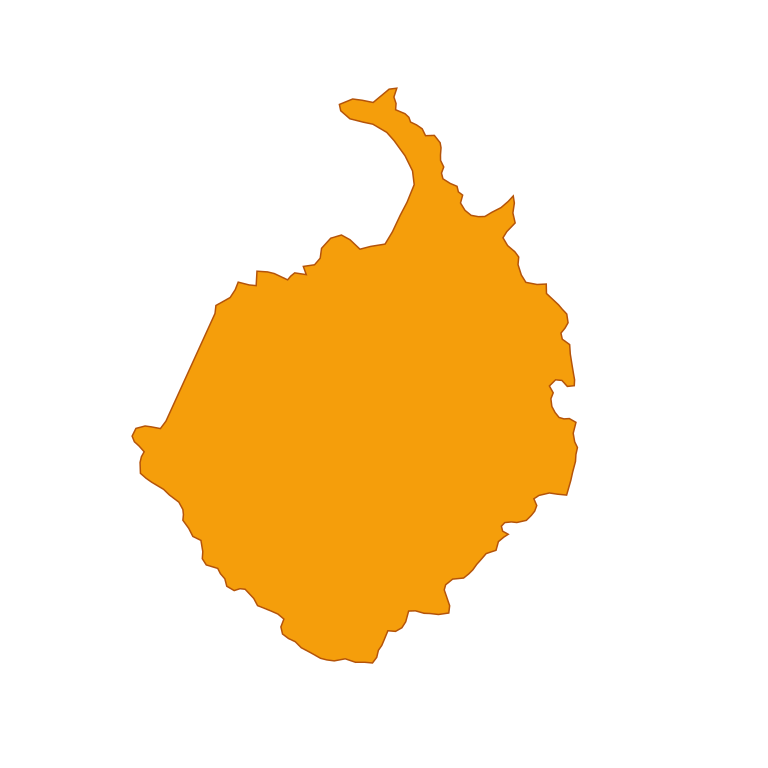 the district of Petrolina de Goiás, Goiás, Brazil, rotated 293°
{"feature_id": "56859067B28071747683411", "entity_name": "Petrolina de Goiás", "entity_type": "district", "adm_level": 2, "iso_a3": "BRA", "parent_name": "Brazil", "parent_adm1": "Goiás", "projection": "mercator", "projection_center": [-49.296, -16.111], "detail": "fine", "context": "isolated", "style": "filled", "palette": "amber", "viewbox_px": 768, "rotation_deg": 293, "n_neighbors": 0, "source": "geoboundaries", "source_scale": "gbopen_adm2", "svg_char_len": 2763}
<svg xmlns="http://www.w3.org/2000/svg" viewBox="0 0 768 768"><g transform="rotate(293 384 384)"><path d="M607.6,429.5L600.4,426.9L592.1,422.8L584.1,416.1L577.6,411.4L574.9,405.5L573.3,398.3L575.5,390.7L580.5,383.7L588.6,382.6L589.9,377.4L594.5,374.0L594.5,366.5L595.9,358.1L600.6,354.5L607.1,354.2L611.9,348.7L616.9,346.5L623.7,344.2L628.0,341.4L632.5,333.2L628.8,325.2L633.8,319.5L635.2,312.8L635.5,306.1L639.2,302.7L641.0,297.8L641.0,287.5L646.9,285.5L652.0,281.0L661.3,280.2L657.4,273.5L638.9,264.0L636.7,253.2L634.1,243.8L623.9,233.7L618.6,237.4L614.8,249.0L616.9,262.6L618.8,272.2L616.7,288.2L611.9,298.3L602.3,314.2L591.3,327.0L579.3,333.9L560.3,334.2L545.5,333.0L527.4,332.3L513.2,330.3L505.4,317.9L498.7,309.2L503.5,296.4L504.5,286.6L497.4,278.0L484.5,273.5L474.9,276.1L466.6,273.5L460.7,263.8L454.3,269.7L451.4,258.4L446.9,256.0L442.2,254.6L442.8,239.9L441.7,233.1L438.2,223.0L424.6,227.9L422.5,221.2L420.8,210.0L412.6,210.2L403.5,208.6L390.6,198.6L382.9,200.9L264.6,197.8L255.6,195.6L253.6,186.4L252.0,180.5L246.2,173.0L237.6,172.5L233.3,176.8L231.2,182.8L227.9,189.7L222.3,189.1L216.5,190.1L206.6,194.7L204.2,202.0L202.8,208.6L201.8,215.9L200.9,222.3L198.0,229.8L195.1,241.3L189.9,247.9L185.4,250.4L180.0,252.1L174.8,260.7L169.0,267.6L168.5,276.6L158.9,282.7L152.2,285.0L148.0,291.1L149.3,303.0L145.5,307.5L142.5,313.6L136.4,318.3L135.3,326.8L139.3,331.4L140.8,336.4L135.7,347.9L130.6,354.2L130.9,368.7L130.8,376.2L128.5,383.7L120.1,384.0L114.2,388.3L112.4,395.5L112.1,403.0L108.9,410.9L108.0,421.4L106.7,432.8L107.7,439.2L109.7,446.4L115.9,455.7L116.7,466.5L120.3,474.9L122.7,482.4L129.5,484.1L136.7,482.9L142.5,484.1L149.0,484.1L158.4,484.0L160.8,491.3L166.6,495.7L173.6,496.9L184.6,495.4L187.5,501.6L188.6,510.5L190.7,516.0L193.1,524.2L198.5,533.1L205.5,531.1L212.9,524.5L218.0,519.9L223.3,519.2L231.2,523.4L236.5,533.1L242.3,536.2L247.7,538.4L254.1,539.8L262.1,542.5L267.8,544.3L271.3,548.2L274.7,552.1L283.6,550.9L290.0,554.2L294.2,557.1L294.9,550.7L299.0,547.6L303.6,549.3L306.8,555.1L308.4,560.4L314.1,568.3L320.8,571.0L325.8,572.4L331.8,572.1L336.9,566.8L342.0,570.2L348.3,578.8L350.4,586.9L353.1,595.5L362.0,594.4L368.4,593.6L376.5,592.1L387.6,590.5L394.1,588.2L401.1,586.9L405.3,582.1L412.6,577.4L423.7,575.7L424.6,568.1L422.2,563.3L421.6,558.2L424.6,552.6L428.9,547.3L435.6,543.4L442.0,543.2L446.8,537.0L454.9,540.3L456.8,546.4L453.4,553.7L456.8,559.8L462.3,557.8L466.9,554.8L476.5,548.7L484.5,543.7L492.8,539.5L494.9,530.6L500.0,527.0L506.2,528.8L512.3,529.5L519.8,524.9L522.6,518.6L525.0,513.9L530.8,498.2L539.4,494.3L535.4,486.0L533.0,474.9L538.0,467.8L546.3,460.7L553.5,458.4L556.8,452.9L559.7,443.7L565.1,436.4L572.3,437.5L583.5,441.8L591.8,435.8L601.5,433.3L607.6,429.5Z" fill="#f59e0b" stroke="#b45309" stroke-width="1.5"/></g></svg>